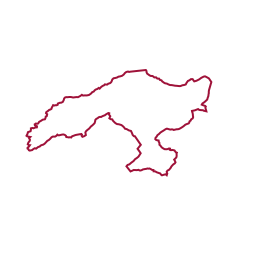 Indiara, Goiás, Brazil (Equal Earth projection), rotated 56°
{"feature_id": "56859067B57981845225789", "entity_name": "Indiara", "entity_type": "district", "adm_level": 2, "iso_a3": "BRA", "parent_name": "Brazil", "parent_adm1": "Goiás", "projection": "equal_earth", "projection_center": [-49.96, -17.208], "detail": "fine", "context": "isolated", "style": "outline", "palette": "rose", "viewbox_px": 256, "rotation_deg": 56, "n_neighbors": 0, "source": "geoboundaries", "source_scale": "gbopen_adm2", "svg_char_len": 4703}
<svg xmlns="http://www.w3.org/2000/svg" viewBox="0 0 256 256"><g transform="rotate(56 128 128)"><path d="M88.2,222.3L88.9,222.8L89.9,222.4L91.0,222.6L91.8,222.1L92.7,219.8L92.5,218.1L92.7,216.5L93.7,215.8L93.5,213.2L94.0,211.5L93.7,210.3L94.0,208.7L94.4,207.6L94.4,205.9L94.1,204.5L93.8,203.2L93.5,202.0L93.7,200.6L93.5,198.8L92.9,196.5L93.1,195.0L93.8,194.1L94.4,193.1L94.4,191.7L94.0,190.3L94.9,190.0L95.5,189.3L96.2,187.4L96.7,186.1L97.3,185.1L98.3,184.3L99.8,183.8L101.0,184.2L102.0,183.0L102.8,182.3L103.2,181.2L104.1,180.4L103.6,178.9L104.0,177.5L104.4,175.7L104.9,174.4L105.4,173.3L106.1,171.7L106.9,170.0L107.8,169.9L108.5,170.8L109.8,170.7L110.3,168.8L110.3,166.9L107.8,165.8L107.2,164.6L106.9,162.7L106.8,160.8L106.5,159.5L106.0,157.9L105.9,156.2L105.6,154.4L105.3,153.0L104.0,151.4L103.1,150.7L102.7,149.2L102.9,147.6L102.7,146.4L103.1,145.0L103.8,144.2L103.9,142.8L104.1,141.6L104.5,140.1L104.4,138.6L104.6,135.9L105.3,135.3L106.3,136.2L107.3,136.2L108.3,136.1L109.5,138.0L110.9,137.5L112.1,136.2L113.5,136.4L115.1,136.1L116.2,135.9L117.4,135.5L118.6,134.9L119.9,133.4L121.9,131.8L123.4,131.3L125.3,130.9L126.9,130.9L128.2,129.7L130.5,128.6L132.1,127.2L134.3,127.5L136.4,128.0L138.0,127.7L138.7,126.9L149.1,126.8L150.6,131.7L153.7,131.6L154.6,131.6L156.0,131.6L156.5,132.7L157.6,135.3L157.8,137.2L157.8,139.6L158.5,141.9L158.6,144.6L158.9,147.2L158.4,149.0L158.9,150.7L165.4,150.2L165.8,148.2L166.0,146.7L166.9,145.6L168.0,144.0L168.6,142.6L169.6,142.2L170.3,141.2L170.6,140.1L170.7,138.8L171.4,137.1L172.1,135.7L172.4,134.6L173.2,133.7L173.6,132.8L174.8,132.1L176.3,131.4L177.1,130.4L178.2,131.0L179.3,129.6L180.7,129.0L182.7,127.5L183.7,126.7L185.1,126.7L186.2,126.3L186.7,124.7L187.4,122.7L188.8,122.3L187.7,120.9L186.7,120.7L185.8,120.3L185.4,119.0L185.6,117.2L185.2,115.9L184.8,114.6L184.2,113.7L183.5,110.9L183.5,109.0L183.0,107.8L181.4,107.5L180.0,107.4L179.7,105.7L179.4,104.4L178.5,103.4L177.3,102.6L176.4,102.1L175.8,101.3L174.9,101.9L173.8,102.0L172.6,102.0L171.8,102.7L171.0,103.5L170.4,104.8L169.5,105.5L168.6,104.7L167.9,105.4L167.7,106.8L167.0,108.2L165.9,109.6L164.4,110.3L163.7,110.6L162.7,110.9L160.5,111.0L159.5,111.3L158.7,110.8L157.7,110.2L156.5,110.2L155.5,109.6L153.8,111.3L152.5,111.6L151.5,110.6L151.2,109.1L150.4,107.6L150.3,105.6L149.9,103.7L149.9,102.1L150.0,100.0L150.0,97.5L150.3,96.1L151.6,95.0L152.9,93.9L153.7,92.3L154.4,91.6L155.2,91.2L155.7,89.8L156.2,88.5L156.8,87.5L157.3,86.5L157.5,84.9L157.6,83.1L157.6,81.3L157.5,80.0L157.3,78.6L157.7,76.7L158.1,75.2L157.8,74.2L156.9,73.3L156.9,71.9L156.2,70.9L156.2,69.0L155.4,67.9L154.3,67.4L153.1,66.7L151.3,65.9L150.4,65.8L149.6,65.4L150.2,64.0L150.7,62.8L151.2,60.6L151.5,59.3L152.7,58.9L153.4,58.2L154.3,57.1L155.2,55.9L156.1,55.5L156.9,54.7L158.0,53.7L156.9,53.3L155.5,52.9L154.3,52.4L153.7,51.5L152.8,51.7L151.8,52.5L151.0,53.1L149.9,53.8L149.3,52.6L149.3,50.2L149.0,48.1L148.7,46.4L147.4,44.9L146.6,43.7L145.6,42.8L144.9,42.2L144.2,41.4L143.4,41.0L142.0,39.8L136.5,33.2L132.1,33.2L129.5,34.5L128.2,35.3L127.7,36.6L127.4,39.2L127.5,41.9L127.1,44.9L126.4,47.0L125.4,47.1L123.6,47.1L122.7,48.5L122.8,50.4L122.5,52.0L123.3,54.2L124.2,55.8L123.7,57.5L123.0,59.0L122.6,61.0L122.0,62.0L120.2,64.1L119.3,65.3L117.5,67.1L116.7,68.0L115.9,69.1L114.5,70.1L113.0,70.9L111.6,72.3L110.4,72.9L109.5,73.2L108.5,73.6L107.2,73.6L105.9,74.7L104.5,74.6L103.4,76.1L101.7,76.4L100.8,77.9L99.3,78.3L98.5,78.7L97.6,80.0L96.4,80.7L94.7,81.3L93.7,81.7L92.3,81.5L91.0,80.8L89.9,80.8L89.0,82.5L82.6,94.6L82.1,95.8L81.2,96.4L80.6,98.1L80.7,99.9L81.3,101.6L81.4,103.7L80.8,105.7L80.1,107.2L80.0,108.9L79.4,110.6L78.7,112.2L79.0,113.9L79.9,115.1L80.6,116.3L80.8,117.7L80.2,119.7L80.4,120.8L79.8,121.8L78.9,122.8L79.2,123.9L78.9,125.6L79.0,127.5L79.5,129.5L78.4,129.9L78.5,131.6L78.1,133.0L78.1,134.5L78.6,135.9L78.3,137.9L78.7,138.9L78.8,140.4L78.8,141.9L78.1,143.6L77.6,144.5L76.8,145.6L75.9,147.2L74.7,147.7L74.8,149.4L74.5,152.2L73.7,153.2L73.1,154.3L72.0,156.5L71.3,157.1L70.3,158.1L69.5,159.3L68.7,160.8L67.8,162.1L67.5,163.2L67.8,164.4L69.0,165.8L69.9,167.5L69.7,169.1L68.9,170.6L68.5,172.5L69.4,173.3L69.2,174.5L68.6,175.3L68.3,176.3L67.2,177.3L67.8,178.3L68.4,179.7L69.3,180.7L69.3,181.9L68.9,183.2L69.1,184.4L69.1,185.6L69.2,187.0L69.9,187.7L71.4,187.3L72.7,188.7L72.5,189.8L73.5,190.7L74.3,192.0L73.4,194.1L73.4,196.2L73.2,198.2L74.0,199.9L73.6,201.1L72.8,201.8L72.8,203.3L73.7,203.7L74.5,203.3L75.7,202.5L76.5,203.2L75.7,204.7L75.4,206.5L74.5,207.2L74.0,208.7L75.1,209.4L76.2,210.6L75.8,212.0L75.5,213.3L76.6,214.5L77.2,215.6L77.7,216.5L78.6,216.2L80.8,214.0L81.1,215.7L82.0,215.8L83.0,215.9L83.8,216.9L84.3,218.6L85.4,220.2L86.8,219.8L87.4,219.0L88.0,220.5L88.2,222.3Z" fill="none" stroke="#9f1239" stroke-width="2"/></g></svg>